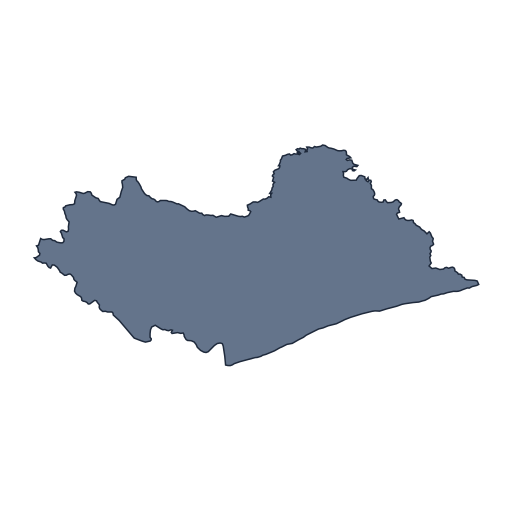 the district of Wanderley, Bahia, Brazil, rotated 88°
{"feature_id": "56859067B16383001384874", "entity_name": "Wanderley", "entity_type": "district", "adm_level": 2, "iso_a3": "BRA", "parent_name": "Brazil", "parent_adm1": "Bahia", "projection": "natural_earth1", "projection_center": [-43.953, -11.797], "detail": "fine", "context": "isolated", "style": "filled", "palette": "slate", "viewbox_px": 512, "rotation_deg": 88, "n_neighbors": 0, "source": "geoboundaries", "source_scale": "gbopen_adm2", "svg_char_len": 6102}
<svg xmlns="http://www.w3.org/2000/svg" viewBox="0 0 512 512"><g transform="rotate(88 256 256)"><path d="M292.2,34.4L288.7,35.8L288.0,38.1L287.2,46.0L286.5,47.9L284.7,48.7L284.2,50.7L282.3,51.0L281.2,52.8L281.2,54.4L279.8,55.1L277.8,57.8L276.1,57.8L274.7,58.6L274.0,59.9L274.2,61.6L275.0,63.9L274.0,65.9L274.3,67.5L275.6,69.1L275.9,72.8L274.3,76.7L274.7,80.6L272.0,83.4L269.1,81.1L267.4,81.9L263.2,82.4L261.7,81.3L259.7,82.1L258.4,81.1L257.1,80.7L255.4,81.7L253.7,81.8L252.3,81.0L251.4,79.0L250.4,78.1L247.3,79.1L245.9,78.5L244.6,78.3L242.9,79.6L239.2,80.9L237.8,82.1L239.8,84.4L236.7,87.2L235.8,88.9L234.6,90.2L232.8,91.4L230.9,94.8L229.3,95.9L228.1,97.4L226.0,97.7L225.4,99.2L225.8,101.3L225.8,103.1L225.4,104.7L224.6,105.8L222.9,106.8L224.0,112.0L219.2,114.1L218.0,113.2L217.4,111.0L215.8,111.2L214.7,111.8L213.3,111.8L211.6,110.9L210.2,109.4L208.9,108.8L207.8,109.6L207.1,110.9L205.8,111.6L204.6,113.2L204.9,114.9L206.7,117.1L207.2,118.9L207.3,122.7L206.1,123.8L204.4,124.8L204.5,126.3L206.5,127.1L206.7,129.0L206.4,130.9L205.7,132.1L204.2,132.8L203.3,135.9L202.0,136.7L200.5,136.7L199.5,135.6L198.2,135.2L196.4,135.5L194.9,136.2L193.7,136.9L192.8,138.3L189.3,138.2L187.6,139.2L185.8,138.2L184.4,138.6L184.1,140.3L185.7,141.5L184.7,143.0L183.3,142.7L182.7,144.4L180.7,144.5L179.2,148.0L179.3,150.0L182.1,152.3L183.7,153.1L183.7,158.7L182.6,160.9L181.4,162.5L180.3,165.5L178.4,165.9L176.7,165.6L174.7,166.1L174.9,164.1L174.4,162.6L172.9,161.4L171.9,159.1L172.7,156.4L170.8,156.7L169.7,155.0L170.2,152.1L169.0,151.0L167.8,154.8L166.7,156.0L163.6,156.9L163.2,159.1L163.7,161.4L162.7,162.5L161.7,161.6L161.2,157.8L159.9,158.9L158.0,162.1L156.1,162.0L154.5,162.3L153.6,163.3L153.4,164.9L153.8,166.9L153.8,169.3L153.5,170.9L151.8,174.4L150.9,177.3L150.6,179.1L150.1,180.3L148.0,183.0L147.4,185.5L148.6,187.5L149.0,190.1L149.2,191.9L148.6,193.7L150.1,195.5L149.8,197.2L149.0,199.1L148.9,201.5L150.7,200.7L151.8,201.4L153.4,201.2L153.6,203.3L152.4,202.8L151.1,202.8L150.4,204.7L150.3,206.7L149.7,208.1L150.6,209.2L150.2,210.7L151.1,212.2L152.5,211.2L152.9,209.8L154.2,211.2L155.6,210.8L155.5,212.8L155.0,214.4L156.0,216.1L156.4,217.8L155.2,219.0L155.5,221.0L156.4,223.1L157.0,226.0L160.0,227.3L161.1,228.3L162.6,228.3L165.3,229.5L166.6,230.4L166.8,229.0L168.2,229.3L169.5,230.2L170.9,234.1L172.4,235.7L174.4,234.9L175.3,236.1L176.6,236.9L178.0,235.6L181.7,236.9L183.0,234.8L184.0,235.9L185.3,236.6L187.1,236.4L188.5,237.5L190.6,237.9L193.9,240.1L193.9,238.1L195.3,239.2L197.8,239.1L197.2,241.2L198.7,243.0L199.5,245.0L199.3,246.7L201.9,251.2L202.5,252.7L202.0,254.2L201.9,257.0L203.7,259.9L204.9,262.9L206.8,262.7L208.3,262.1L210.0,262.2L210.5,260.6L211.5,259.7L214.6,261.5L215.6,262.7L216.7,266.3L215.8,268.3L216.0,270.2L215.7,272.2L213.1,279.8L215.3,281.9L215.3,285.9L214.4,289.1L215.9,294.4L213.8,297.6L213.9,299.7L213.4,302.1L213.2,304.5L213.8,305.9L212.8,307.7L211.3,308.7L211.3,310.8L208.6,315.1L209.0,316.6L209.1,318.9L208.3,321.2L206.7,323.2L204.3,325.5L201.1,331.7L201.2,333.1L199.2,337.2L198.6,339.0L198.4,341.3L197.5,343.1L197.3,345.3L197.2,349.7L198.2,351.1L198.5,352.6L197.9,353.9L196.4,355.0L195.5,356.3L195.2,357.8L193.9,359.4L192.1,360.9L191.7,363.1L189.7,365.2L184.9,368.1L182.9,368.6L179.9,370.1L177.8,371.4L176.6,372.6L175.3,373.0L173.1,373.0L171.9,380.5L173.2,383.8L174.8,384.6L176.1,387.3L177.8,387.4L179.6,387.0L182.8,386.8L186.9,388.4L192.5,390.0L194.5,392.9L199.4,394.6L200.1,396.1L199.9,397.7L198.3,400.9L196.2,409.7L194.7,410.8L193.0,411.7L192.2,414.1L189.4,417.9L187.5,418.4L186.1,419.4L185.8,421.9L187.3,425.1L187.5,426.5L186.1,430.5L185.6,433.2L186.0,434.7L187.6,433.5L189.3,433.3L194.2,435.1L197.4,435.5L198.2,437.2L198.3,440.2L199.2,444.4L200.5,445.4L200.9,446.8L202.3,447.0L204.4,445.9L206.9,445.5L208.9,444.7L211.3,444.4L212.9,443.6L215.4,441.6L220.2,442.5L222.8,442.4L224.8,443.0L225.3,444.6L223.5,447.9L223.5,449.6L224.8,450.7L226.4,449.7L231.0,448.5L231.8,447.4L233.2,447.3L234.8,447.5L236.0,448.7L236.1,450.6L235.2,454.6L233.6,456.6L233.3,458.7L231.6,460.5L231.6,462.6L232.2,467.3L231.9,469.2L231.0,470.6L237.7,473.0L238.2,475.0L240.1,473.8L242.0,473.4L244.2,473.3L245.8,471.9L247.6,472.3L249.9,475.8L250.1,477.6L251.9,476.1L253.4,474.2L254.5,471.1L255.7,469.6L255.6,467.7L255.9,465.9L258.9,464.4L260.3,463.2L260.9,461.7L257.8,459.9L258.1,457.8L260.4,455.0L264.0,452.7L265.3,452.3L266.2,450.8L268.6,448.0L268.6,446.3L267.7,444.4L267.5,442.5L268.2,441.4L271.1,439.1L272.6,438.9L273.8,438.2L276.0,435.7L280.3,437.2L281.8,438.1L284.8,438.6L286.8,437.6L288.4,436.0L290.4,432.8L291.6,431.9L294.2,431.6L295.1,430.3L295.5,428.4L296.5,426.6L298.1,425.3L298.1,423.8L294.7,418.8L295.2,416.9L296.5,416.4L299.4,414.2L301.7,414.5L303.3,414.0L304.9,412.5L306.1,411.1L306.0,408.4L306.8,406.2L306.9,402.0L308.1,400.9L310.0,400.7L315.6,395.0L333.8,380.6L337.1,372.8L338.2,369.5L337.3,364.7L336.2,363.7L335.0,363.6L333.6,364.7L330.0,364.6L326.0,364.0L323.3,362.7L321.7,359.1L325.6,353.4L326.5,351.6L326.3,349.6L327.2,347.8L327.6,345.9L326.8,343.6L327.3,342.1L329.4,343.4L330.5,342.6L329.8,337.0L330.7,333.9L330.4,331.5L332.0,330.7L333.9,330.5L337.0,328.8L338.0,327.4L338.4,323.7L339.8,320.8L342.4,318.9L345.2,317.8L348.4,314.7L350.2,311.6L350.7,309.3L350.0,307.1L344.0,300.7L342.1,297.8L341.7,294.8L342.4,292.7L344.9,291.9L355.2,290.7L363.9,290.2L364.5,287.9L364.6,285.4L364.0,283.5L362.8,281.5L361.0,275.6L357.5,260.4L357.4,258.2L356.4,254.5L355.4,252.8L354.7,249.7L351.4,240.8L348.5,235.3L347.9,233.6L345.4,228.2L344.6,222.8L341.2,216.4L338.9,211.4L336.9,208.6L331.1,195.9L330.2,191.5L328.3,186.4L326.5,178.0L322.6,169.3L320.6,163.6L317.4,151.9L315.3,141.8L315.0,138.9L315.4,134.4L313.4,127.3L311.1,117.1L309.4,111.8L308.9,108.9L308.0,100.6L307.7,94.9L306.6,90.8L306.2,88.7L304.4,84.9L302.7,82.3L301.4,75.1L300.5,72.4L300.4,69.8L299.3,66.2L298.2,59.8L298.4,56.6L298.2,54.7L297.7,52.8L297.0,51.1L295.3,45.9L295.5,43.9L294.1,41.2L293.1,36.4L292.2,34.4ZM155.6,210.8L154.0,208.9L155.0,207.8L156.2,209.0L155.6,210.8ZM172.7,156.4L174.0,156.6L174.4,155.1L173.5,153.7L172.7,156.4ZM183.3,142.7L182.9,141.1L181.6,141.3L183.3,142.7Z" fill="#64748b" stroke="#1e293b" stroke-width="1.5"/></g></svg>